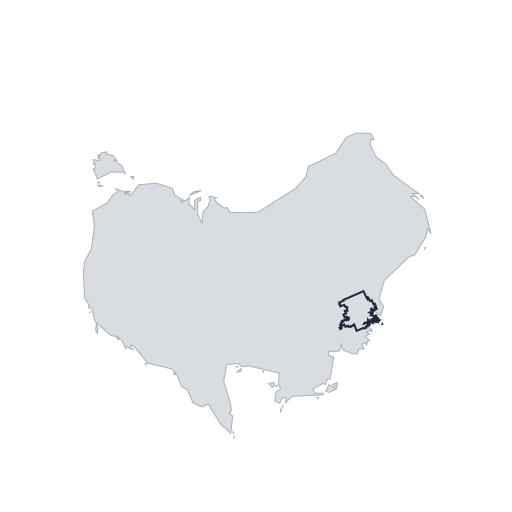 location of Derby-West Kimberley, Western Australia, Australia, rotated 156°
{"feature_id": "25037944B76695994650709", "entity_name": "Derby-West Kimberley", "entity_type": "district", "adm_level": 2, "iso_a3": "AUS", "parent_name": "Australia", "parent_adm1": "Western Australia", "projection": "albers", "projection_center": [123.97, -17.504], "detail": "fine", "context": "in_parent", "style": "outline", "palette": "slate", "viewbox_px": 512, "rotation_deg": 156, "n_neighbors": 0, "source": "geoboundaries", "source_scale": "gbopen_adm2", "svg_char_len": 9236}
<svg xmlns="http://www.w3.org/2000/svg" viewBox="0 0 512 512"><g transform="rotate(156 256 256)"><path d="M356.8,117.0L359.8,140.3L366.6,139.9L373.3,147.5L373.0,161.6L376.9,167.0L376.5,180.1L378.9,187.2L398.7,202.3L404.4,223.9L406.6,225.3L407.5,221.7L411.6,226.0L412.6,224.3L413.0,234.9L415.3,238.4L420.8,242.4L429.7,261.5L427.5,273.0L429.7,287.4L420.0,312.1L414.7,320.7L403.4,329.7L391.5,348.8L387.3,363.6L370.1,365.0L361.1,370.5L355.9,370.4L356.9,374.3L349.5,367.9L350.8,366.8L350.4,365.4L348.9,365.2L346.0,367.2L344.2,365.6L347.7,363.8L346.0,361.9L334.2,368.8L317.5,363.1L305.1,352.0L305.3,344.1L299.6,336.5L302.2,337.0L302.3,334.8L293.1,336.3L296.2,331.2L293.3,323.1L289.4,331.7L282.6,332.1L283.9,329.3L287.0,329.5L292.4,317.6L291.8,308.3L286.6,317.7L279.6,320.9L274.7,326.3L275.2,329.3L272.6,328.8L268.4,325.3L271.1,325.4L269.6,319.6L265.8,312.9L262.3,311.9L262.1,306.2L236.5,295.2L192.2,301.6L178.1,308.1L171.9,316.4L141.5,317.3L125.2,327.7L114.0,327.4L101.2,321.3L100.8,314.5L103.9,315.5L106.4,311.3L105.9,297.4L100.2,287.1L97.7,273.9L81.8,246.8L87.6,249.5L83.8,241.1L86.4,246.0L90.8,247.3L82.9,230.1L86.9,205.4L88.3,211.1L93.0,204.5L110.4,192.5L116.8,193.0L148.9,181.4L161.0,167.0L160.1,157.6L166.6,150.8L172.1,161.2L174.9,155.4L171.4,151.3L172.4,148.8L183.2,150.5L179.8,149.5L182.1,145.4L180.1,141.8L185.9,141.3L183.9,138.6L188.6,138.2L187.0,134.3L191.2,129.9L191.5,132.6L194.9,132.3L195.2,127.3L200.0,129.1L203.2,125.2L208.3,128.0L215.1,135.1L213.8,140.6L218.6,135.4L228.3,139.1L230.4,136.2L226.2,131.9L238.4,113.5L240.7,114.8L244.8,110.2L246.1,112.3L258.2,111.3L258.0,106.8L250.1,103.1L251.5,102.0L280.0,113.1L288.6,110.1L286.3,113.7L289.7,115.9L294.3,111.8L297.9,115.8L292.8,123.8L287.7,124.3L287.6,130.3L282.4,139.5L307.0,158.4L313.8,160.7L315.7,165.0L327.0,168.8L336.5,154.6L339.1,133.0L341.2,125.0L344.3,123.3L342.4,119.4L351.1,104.4L356.8,117.0ZM342.0,386.0L354.2,391.7L369.6,390.9L369.1,402.7L368.4,400.5L366.6,402.8L365.3,410.3L360.3,406.6L356.1,413.1L349.7,411.8L351.2,410.0L345.9,406.0L344.3,399.9L346.7,401.2L341.7,392.3L342.0,386.0ZM236.6,101.6L244.9,101.8L247.4,104.3L241.7,108.8L236.6,101.6ZM279.4,337.9L292.4,338.4L286.7,340.0L279.4,337.9ZM294.8,129.5L296.1,134.3L291.0,133.2L292.0,129.9L294.8,129.5ZM429.3,259.4L429.8,254.1L432.3,250.0L432.7,253.3L429.3,259.4ZM367.1,381.9L371.2,383.5L371.2,385.1L367.1,381.9ZM235.7,102.9L238.4,107.6L233.1,107.1L235.7,102.9ZM338.0,379.3L335.6,378.6L337.2,375.9L338.0,379.3ZM320.4,157.5L317.9,158.7L315.3,159.3L316.8,156.8L320.4,157.5ZM81.7,245.5L79.6,243.1L79.3,240.7L79.7,240.6L81.7,245.5ZM370.0,386.6L371.5,387.9L368.5,386.6L370.0,386.6ZM414.6,235.8L416.4,236.1L416.1,238.4L414.6,235.8ZM377.1,179.9L379.2,181.6L378.7,182.4L377.1,179.9ZM359.7,410.7L359.6,412.6L358.1,411.8L359.7,410.7ZM430.0,275.4L429.7,278.3L429.5,278.2L430.0,275.4ZM257.8,102.2L256.5,100.9L257.4,100.3L257.8,102.2ZM296.7,104.6L294.5,106.8L297.2,102.9L296.7,104.6ZM430.8,272.0L429.8,272.8L430.5,271.9L430.8,272.0ZM296.8,147.5L295.7,147.9L296.4,146.8L296.8,147.5ZM290.7,129.1L289.3,129.3L290.2,127.9L290.7,129.1ZM99.0,193.2L98.7,195.1L98.0,195.0L99.0,193.2ZM348.8,103.1L348.6,104.7L348.1,103.5L348.8,103.1ZM348.9,365.9L349.1,366.9L348.7,366.6L348.9,365.9ZM293.9,107.4L291.1,108.9L294.1,107.0L293.9,107.4ZM187.2,132.0L186.2,133.1L186.9,131.8L187.2,132.0ZM360.7,409.4L359.9,409.7L360.4,409.1L360.7,409.4ZM318.8,163.0L317.3,162.8L318.2,161.9L318.8,163.0ZM181.7,140.4L180.9,141.1L180.9,139.6L181.7,140.4ZM367.3,406.3L366.1,406.7L366.6,405.7L367.3,406.3ZM350.2,98.9L349.9,100.0L349.1,99.4L350.2,98.9ZM348.1,367.1L349.1,368.1L347.3,367.6L348.1,367.1ZM401.3,202.6L400.3,202.5L400.8,201.3L401.3,202.6ZM406.7,221.4L406.2,221.3L406.7,220.4L406.7,221.4ZM342.6,384.7L342.3,385.3L342.1,384.4L342.6,384.7Z" fill="#d9dde1" stroke="#a8b0b8" stroke-width="1"/><path d="M172.1,180.2L194.2,180.3L194.2,179.6L198.8,179.7L198.8,177.9L199.5,178.0L199.5,175.7L195.3,175.5L195.3,173.7L195.0,173.2L194.5,173.2L194.4,172.7L193.4,171.8L194.6,170.6L194.7,169.0L195.2,169.3L196.0,169.0L196.6,169.8L197.2,169.8L197.3,167.6L196.9,167.6L196.9,166.9L200.0,166.9L200.0,163.9L197.9,163.8L198.0,162.4L197.2,162.4L197.2,161.9L195.6,161.9L196.5,161.4L196.5,161.0L197.1,160.5L197.1,161.0L198.3,161.0L198.3,160.5L199.3,160.5L199.3,161.6L200.3,161.6L200.3,161.2L202.1,161.0L202.5,161.0L202.5,161.7L204.0,161.7L204.0,160.2L205.8,160.2L205.8,158.7L207.4,158.6L207.4,156.5L208.8,156.5L208.8,155.0L207.4,155.0L207.4,156.3L206.7,156.3L206.7,157.2L205.6,157.2L205.6,157.5L203.2,157.5L203.2,155.0L200.3,154.9L200.3,153.5L197.1,153.3L197.5,152.8L194.7,152.8L194.7,153.6L194.1,153.6L194.5,146.7L187.4,146.6L187.2,146.2L185.9,146.2L186.3,146.1L186.3,145.7L184.4,145.7L184.4,146.6L181.4,146.6L181.5,147.7L181.8,147.5L182.0,147.6L181.6,147.8L181.2,147.8L180.8,148.6L180.8,148.2L180.3,147.6L180.5,147.4L180.2,147.2L180.1,148.3L179.7,148.2L179.6,148.7L179.8,149.0L179.6,149.3L179.9,149.4L179.7,149.9L179.9,150.0L181.3,149.8L182.5,149.9L183.6,150.6L184.4,150.6L184.5,150.3L184.9,150.3L184.5,150.7L183.8,150.8L182.9,150.4L180.2,150.6L179.6,149.9L179.2,150.6L179.6,150.6L179.8,151.1L180.4,151.4L180.0,151.4L179.8,151.8L179.7,150.9L179.0,151.1L179.1,150.6L178.1,150.6L177.7,149.6L177.2,149.3L176.1,149.2L175.2,148.6L176.1,149.4L175.5,149.5L176.0,150.2L175.5,150.1L175.0,149.5L175.3,150.0L175.0,149.9L175.2,150.1L175.1,150.7L174.8,150.6L174.9,150.9L174.6,150.0L174.9,150.2L174.8,149.8L174.2,149.6L173.7,149.1L174.0,149.0L174.1,148.9L174.2,149.1L174.0,148.7L174.4,148.7L174.2,148.6L173.9,148.2L173.3,147.8L173.6,148.1L173.3,148.1L173.3,148.4L173.2,148.1L172.0,148.3L172.0,148.6L172.4,148.7L172.0,148.7L172.5,149.1L172.2,149.0L172.4,149.2L171.9,149.1L171.9,149.3L172.4,149.7L172.6,149.4L173.5,150.2L173.0,150.3L172.9,150.1L172.6,150.0L173.3,150.6L173.0,150.8L172.7,150.7L172.4,150.5L171.5,150.3L172.2,150.7L171.5,150.5L172.9,151.3L172.2,151.4L172.8,151.7L171.2,151.1L171.4,151.6L170.8,151.5L171.2,151.6L171.6,152.4L171.6,152.1L171.9,152.1L171.7,151.8L172.5,151.9L172.6,152.1L172.0,152.3L172.1,152.6L171.5,152.9L172.5,153.1L173.1,153.8L173.4,153.8L174.1,155.3L175.5,154.8L175.5,154.5L175.6,154.9L175.2,155.1L174.2,156.3L174.5,157.5L175.3,158.2L174.8,158.3L173.7,156.9L173.4,156.6L173.1,156.8L172.9,156.6L172.8,156.2L172.4,156.3L172.3,157.1L172.8,158.0L172.1,160.1L172.4,161.2L172.2,161.8L172.2,161.3L171.9,161.0L171.6,160.2L170.5,159.3L170.4,158.5L167.2,158.5L167.2,159.8L167.9,159.7L167.9,160.7L168.4,160.6L168.4,161.4L166.9,161.4L166.9,163.2L166.9,164.1L168.3,164.1L168.3,168.5L170.1,168.4L170.1,170.6L171.6,170.6L171.7,172.2L170.6,172.2L170.6,173.1L172.0,173.1L172.1,180.2ZM173.1,147.7L174.2,148.0L174.1,147.7L173.1,147.7ZM171.1,148.6L171.4,149.4L171.4,149.0L171.7,149.1L171.1,148.6ZM170.1,151.7L170.4,152.4L170.5,152.2L170.1,151.7ZM171.1,152.5L171.6,152.8L171.8,152.5L171.5,152.7L171.1,152.5ZM175.1,149.1L175.5,149.3L174.8,148.9L175.1,149.1ZM176.7,147.7L177.0,147.7L176.7,147.4L176.7,147.7ZM178.4,150.5L178.2,150.2L178.1,150.3L178.4,150.5ZM171.7,147.2L172.0,147.5L171.9,147.4L172.0,147.4L171.7,147.2ZM171.8,158.5L172.0,158.8L171.9,158.5L171.8,158.5ZM174.4,149.2L174.5,149.0L174.5,148.8L174.3,149.0L174.4,149.2ZM177.0,149.1L177.4,149.0L177.1,148.8L177.0,149.1ZM176.9,148.2L176.7,147.9L176.6,148.0L176.9,148.2ZM172.8,147.6L172.2,147.4L172.5,147.6L172.8,147.6ZM181.7,149.9L181.4,150.0L182.1,150.0L181.7,149.9ZM171.7,146.8L171.7,147.1L171.9,147.1L171.7,146.8ZM182.6,150.3L182.6,150.1L182.3,150.2L182.6,150.3ZM174.8,149.0L175.0,149.3L175.0,149.2L174.8,149.0ZM170.1,150.1L170.1,149.9L169.9,149.8L169.9,150.1L170.1,150.1ZM171.7,149.3L171.7,149.2L171.7,149.3ZM170.4,147.8L170.7,147.9L170.5,147.7L170.4,147.8ZM170.9,147.7L171.0,147.4L170.8,147.3L170.8,147.5L170.9,147.7ZM175.1,148.6L174.9,148.6L175.1,148.6ZM169.8,148.0L170.0,148.2L169.8,148.0ZM174.0,148.2L174.1,148.5L174.3,148.5L174.0,148.2ZM170.2,150.7L170.0,150.8L170.2,150.7ZM172.4,149.9L172.6,149.9L172.4,149.8L172.4,149.9ZM171.0,148.1L170.8,148.2L171.1,148.3L171.0,148.1ZM173.0,156.6L173.0,156.4L173.0,156.6ZM171.7,152.2L171.7,152.4L171.8,152.4L171.7,152.2ZM170.6,159.3L170.8,159.3L170.6,159.1L170.6,159.3ZM182.4,150.1L182.5,150.0L182.3,150.0L182.4,150.1ZM168.4,142.1L168.3,141.9L168.3,142.2L168.4,142.1ZM173.3,146.0L173.2,146.2L173.2,146.3L173.3,146.2L173.3,146.0ZM180.1,150.2L180.3,150.2L180.1,150.2ZM169.7,146.9L169.4,147.0L169.6,147.1L169.7,146.9ZM170.4,151.6L170.5,151.7L170.4,151.6ZM172.8,150.0L172.8,149.8L172.6,149.8L172.8,150.0ZM172.6,150.5L172.8,150.6L173.0,150.6L172.9,150.6L172.6,150.5ZM170.9,149.1L171.1,149.2L170.9,149.1ZM170.4,147.3L170.7,147.4L170.4,147.3ZM171.9,148.8L172.2,148.9L171.9,148.7L171.9,148.8ZM174.5,148.7L174.6,148.4L174.5,148.6L174.5,148.7ZM173.7,149.1L173.9,149.2L173.7,149.1ZM174.8,149.4L175.0,149.7L174.9,149.4L174.8,149.4ZM176.7,148.9L176.8,149.1L176.7,148.9ZM175.4,149.8L175.6,149.9L175.3,149.7L175.4,149.8ZM171.7,159.3L171.8,159.3L171.7,159.2L171.7,159.3ZM171.4,160.0L171.5,160.0L171.3,159.8L171.4,160.0ZM171.6,159.5L171.6,159.4L171.6,159.5ZM171.9,149.0L172.1,149.1L171.9,149.0ZM170.8,147.3L170.3,147.2L170.7,147.3L170.8,147.3ZM169.8,147.9L169.6,147.8L169.8,147.9ZM171.0,151.7L170.9,151.6L171.0,151.7ZM179.4,149.9L179.3,150.0L179.4,149.9ZM171.9,159.2L172.0,159.2L171.9,159.1L171.9,159.2ZM176.7,148.2L176.8,148.2L176.7,148.2Z" fill="none" stroke="#1e293b" stroke-width="2"/></g></svg>